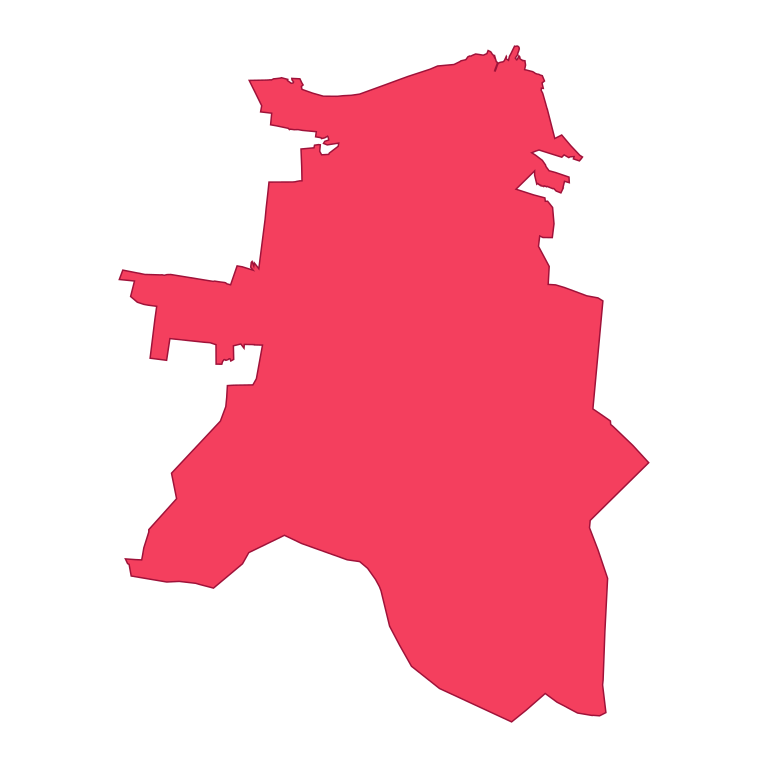 Saltillo, Coahuila, Mexico
{"feature_id": "50627088B85716210154341", "entity_name": "Saltillo", "entity_type": "district", "adm_level": 2, "iso_a3": "MEX", "parent_name": "Mexico", "parent_adm1": "Coahuila", "projection": "robinson", "projection_center": [-101.093, 25.033], "detail": "fine", "context": "isolated", "style": "filled", "palette": "rose", "viewbox_px": 768, "rotation_deg": 0, "n_neighbors": 0, "source": "geoboundaries", "source_scale": "gbopen_adm2", "svg_char_len": 5637}
<svg xmlns="http://www.w3.org/2000/svg" viewBox="0 0 768 768"><path d="M525.2,67.0L525.3,66.3L525.3,65.9L525.5,65.7L525.5,65.1L525.5,64.7L525.5,64.3L525.4,63.8L525.1,62.3L525.1,62.0L525.1,61.8L525.0,61.7L525.0,61.2L524.9,60.8L524.9,60.7L522.8,60.6L522.8,60.4L522.7,60.4L522.4,60.2L522.1,60.2L521.9,60.0L520.7,59.3L520.6,59.2L519.8,58.5L519.8,58.4L519.9,57.5L519.9,57.4L519.7,57.2L519.6,56.5L518.9,55.9L517.8,58.5L517.7,58.4L517.4,58.9L516.8,59.8L516.5,59.5L516.4,59.5L516.4,59.4L515.6,58.5L515.3,58.1L517.0,55.6L517.7,54.5L517.7,54.3L517.7,54.0L517.7,53.5L518.2,52.2L518.3,51.9L518.7,51.0L518.8,50.7L519.0,49.7L519.1,49.2L519.3,49.0L519.2,48.3L519.2,48.0L518.8,47.0L518.7,46.9L518.3,46.6L518.0,46.3L517.8,46.2L517.6,46.1L517.3,46.1L517.0,46.1L516.7,46.1L515.7,46.3L515.3,46.4L515.0,46.4L514.5,46.2L514.2,46.9L513.2,48.9L512.1,51.2L511.1,53.3L510.6,54.2L510.5,54.5L510.4,54.7L510.2,54.9L509.8,55.7L509.6,56.0L509.4,56.6L508.8,58.9L508.5,60.3L505.9,58.6L506.5,56.9L506.5,56.7L506.4,56.5L506.3,56.3L505.6,58.0L505.4,58.4L505.2,58.8L504.8,59.8L504.6,60.1L504.4,60.5L504.2,60.8L504.0,61.0L503.8,61.2L503.6,61.4L503.1,61.7L502.8,61.8L502.4,62.0L502.1,62.0L501.1,62.1L500.2,62.4L499.6,62.5L499.3,62.7L498.8,62.9L498.6,63.1L498.4,63.3L498.1,63.6L497.9,63.8L497.8,64.1L497.7,64.3L496.9,66.3L496.1,68.7L495.2,71.0L494.6,70.8L495.7,67.7L495.9,67.3L496.7,65.1L497.0,64.2L497.4,63.1L497.5,62.8L497.5,62.6L497.4,62.4L497.2,62.2L496.6,61.9L496.4,61.8L496.3,61.6L495.7,59.6L495.6,59.3L495.2,57.9L494.7,56.1L494.4,56.6L494.3,56.9L493.7,55.4L492.8,54.7L492.0,53.8L491.4,52.7L490.9,52.0L490.4,51.6L488.1,50.5L486.9,53.6L483.3,55.2L479.3,54.5L475.6,54.0L472.2,55.4L471.0,56.1L469.6,56.0L467.9,56.8L465.9,59.6L465.0,59.9L461.0,60.8L459.9,61.6L454.0,64.5L437.6,66.0L430.1,69.2L408.1,76.4L401.5,78.8L386.0,84.5L359.6,94.1L351.2,95.3L343.3,95.7L337.4,96.3L323.4,96.2L312.8,93.2L302.9,89.7L301.9,89.2L301.4,86.4L303.1,85.0L303.1,84.9L302.0,83.2L299.9,78.8L291.8,78.4L292.0,79.9L293.6,82.0L293.0,83.0L291.2,83.3L287.4,80.5L287.8,79.4L281.4,77.7L280.3,78.1L275.3,78.7L273.7,78.8L273.1,79.1L271.2,80.0L270.2,79.8L268.3,80.0L265.8,80.1L249.2,80.4L253.2,88.5L254.9,91.9L260.3,102.9L261.7,105.7L260.6,111.9L270.2,113.0L271.7,113.2L270.6,124.8L276.3,125.8L288.2,128.3L288.8,128.8L289.4,129.6L290.4,129.2L292.9,129.5L294.1,129.7L298.1,129.6L302.5,130.4L316.3,131.7L315.6,136.8L320.9,137.7L321.5,138.6L324.8,137.8L327.6,136.2L327.9,136.6L328.3,137.7L328.4,138.3L328.6,138.9L328.7,140.0L324.8,141.3L323.5,143.4L327.2,144.9L338.7,143.1L338.2,146.3L329.3,153.1L328.7,154.4L321.6,154.8L319.7,151.3L320.3,144.8L318.5,144.6L314.5,145.2L314.0,147.8L301.0,149.0L301.7,166.5L302.0,180.8L299.6,180.9L296.7,181.4L295.1,181.8L292.7,182.0L269.0,182.1L267.9,192.6L266.1,208.7L265.2,218.3L265.1,219.3L258.8,268.7L255.9,264.9L254.3,262.9L253.8,266.1L252.1,261.5L251.3,262.4L250.7,267.2L253.1,270.2L242.3,266.8L237.1,265.9L230.6,284.8L227.0,283.9L225.6,282.8L224.5,282.5L220.5,282.0L214.6,281.1L213.2,281.4L170.8,274.5L166.9,274.6L164.3,275.3L162.1,274.8L160.3,274.9L147.1,274.5L145.1,274.5L122.8,270.1L119.3,279.5L134.5,281.0L130.6,296.5L137.3,302.2L143.9,304.4L148.4,305.2L156.7,306.3L154.9,319.2L150.1,358.2L166.6,360.3L169.9,338.6L204.8,342.3L210.1,342.7L216.0,344.7L216.1,364.1L221.8,364.2L222.6,361.4L223.8,360.2L223.8,359.8L224.2,359.6L224.4,359.6L224.8,359.6L225.1,359.7L225.7,360.3L226.3,360.2L228.1,359.6L228.7,359.0L229.1,358.8L229.9,358.7L230.8,361.0L233.7,359.4L233.4,345.8L240.8,344.0L244.0,348.2L244.3,344.4L254.4,344.6L254.4,344.9L262.5,345.1L256.4,378.7L252.9,384.9L234.3,385.2L231.8,385.3L227.4,385.6L226.7,397.5L225.8,406.6L220.4,421.1L171.5,473.2L176.6,498.7L148.8,529.6L148.8,532.0L143.8,547.9L142.5,555.6L141.7,559.9L135.3,559.6L125.4,558.9L127.6,563.6L129.1,564.4L131.2,576.0L166.7,582.0L179.2,581.4L195.7,583.3L199.4,584.4L213.5,588.1L242.5,563.8L248.8,552.6L284.4,535.3L301.6,543.5L347.2,559.8L359.7,561.6L367.6,568.3L375.5,579.4L379.4,586.6L381.0,590.7L389.6,626.2L399.6,645.2L411.5,666.3L439.5,688.5L450.1,693.4L511.6,721.9L526.0,710.3L534.8,702.6L545.2,693.5L556.5,701.8L556.7,702.0L558.2,702.8L562.7,705.1L570.7,709.4L577.5,713.0L592.3,715.5L592.8,715.3L599.6,715.8L605.9,712.6L602.6,684.9L603.1,680.1L604.9,631.4L607.6,578.4L598.0,549.9L589.5,527.8L590.2,520.4L607.4,503.4L648.7,462.7L633.0,445.6L613.3,426.7L612.5,426.0L610.7,424.5L610.4,421.0L604.0,416.5L592.9,408.9L602.9,300.9L598.0,297.9L586.7,295.8L564.4,287.5L555.7,284.9L548.2,284.4L549.2,266.4L538.5,246.4L539.7,236.0L542.9,237.5L552.3,237.6L554.0,223.8L552.6,207.5L547.6,201.2L545.3,201.3L544.9,197.9L533.6,194.9L516.0,189.2L534.6,170.9L534.6,175.1L536.8,184.2L537.2,183.9L537.8,183.5L539.0,184.6L539.6,184.6L539.8,185.1L540.8,185.3L540.7,185.7L542.2,186.1L543.7,186.1L543.9,186.5L544.6,185.9L546.6,186.8L547.1,186.4L552.9,188.7L553.2,188.5L553.5,188.5L553.9,188.6L556.1,191.0L560.9,192.9L563.2,188.1L562.9,188.0L564.5,181.3L569.3,182.7L569.0,177.1L555.5,172.5L549.0,170.7L545.8,166.3L545.6,165.1L542.3,160.3L535.3,155.0L531.7,152.8L535.7,151.1L539.0,150.0L561.8,157.2L564.1,154.9L568.8,157.6L570.2,156.8L574.1,156.6L573.4,158.9L579.4,160.9L581.2,158.8L582.5,157.0L579.8,155.3L570.6,145.5L561.7,135.0L554.8,138.5L548.0,111.9L547.3,109.1L547.2,109.1L547.1,108.9L546.4,106.3L546.0,105.0L546.0,104.8L543.6,96.4L543.4,95.6L542.7,93.3L542.6,93.0L541.1,90.2L541.3,89.7L541.4,88.2L542.2,88.3L543.3,88.4L542.4,84.6L542.1,82.9L544.5,81.0L542.3,75.7L541.1,75.3L540.5,75.2L539.4,74.6L538.8,74.3L538.0,74.2L536.9,74.0L535.3,73.4L534.6,72.8L534.2,72.5L533.9,72.4L533.2,72.0L532.9,71.7L526.3,70.0L525.2,69.8L524.6,69.6L524.9,68.2L525.0,67.7L525.2,67.0Z" fill="#f43f5e" stroke="#9f1239" stroke-width="1.5"/></svg>